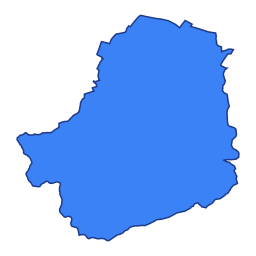 Tarnova, Arad, Romania (Robinson projection)
{"feature_id": "2599482B94881102613280", "entity_name": "Tarnova", "entity_type": "district", "adm_level": 2, "iso_a3": "ROU", "parent_name": "Romania", "parent_adm1": "Arad", "projection": "robinson", "projection_center": [21.761, 46.274], "detail": "fine", "context": "isolated", "style": "filled", "palette": "blue", "viewbox_px": 256, "rotation_deg": 0, "n_neighbors": 0, "source": "geoboundaries", "source_scale": "gbopen_adm2", "svg_char_len": 5591}
<svg xmlns="http://www.w3.org/2000/svg" viewBox="0 0 256 256"><path d="M79.1,235.2L80.5,234.8L82.3,234.6L85.0,234.8L87.7,238.2L88.7,238.6L89.4,238.6L90.9,237.8L91.6,237.6L93.3,237.6L97.8,238.8L102.1,238.4L104.7,239.0L107.2,240.6L108.9,240.6L117.2,235.0L118.2,234.7L120.0,234.3L122.6,233.0L124.8,230.9L127.8,229.7L129.5,227.6L130.8,227.0L132.1,226.7L132.9,226.3L134.8,226.0L135.9,225.8L138.5,225.9L141.0,225.4L144.8,225.6L149.4,223.7L154.9,221.0L156.5,219.7L161.5,219.2L169.3,217.1L176.8,212.9L185.0,211.1L190.5,208.1L191.2,206.7L193.1,206.4L194.5,203.9L197.8,202.7L199.2,204.5L200.7,205.5L201.7,206.8L206.0,207.8L207.5,205.9L210.7,204.1L212.1,203.2L213.6,201.6L214.9,199.6L217.2,199.2L220.2,198.6L223.0,196.7L225.1,195.1L225.9,194.0L227.5,193.4L228.6,192.4L228.9,191.4L230.3,189.8L230.5,188.8L232.8,185.9L233.8,185.1L234.8,184.6L235.7,184.5L236.2,184.0L236.8,183.9L237.5,183.3L236.6,180.7L236.5,179.7L236.1,178.1L236.5,177.3L236.9,176.3L236.1,175.1L235.1,172.6L234.2,171.6L234.2,170.2L235.5,168.9L234.9,167.3L234.5,166.2L233.6,165.5L232.0,164.5L230.6,163.7L230.1,163.2L229.8,162.5L228.9,162.0L228.0,162.0L226.8,161.9L226.2,161.4L224.9,160.9L223.9,160.2L224.6,159.9L228.9,159.6L231.6,159.7L236.2,159.1L238.7,157.1L238.9,153.3L238.5,152.2L236.1,150.0L233.1,148.5L231.4,145.4L232.2,140.0L233.4,138.7L235.7,136.7L236.5,134.6L235.9,129.2L234.1,127.7L228.8,125.9L228.1,125.0L227.4,120.9L227.0,112.6L227.6,109.2L229.3,106.4L228.3,102.5L227.1,94.3L225.7,93.7L224.0,92.7L223.1,91.5L222.3,89.6L222.8,88.7L222.8,85.8L224.3,84.0L224.9,82.2L225.3,80.7L224.4,78.4L223.3,74.3L223.8,72.5L224.8,69.9L227.0,68.2L225.6,68.0L221.4,65.8L220.8,64.9L220.7,64.7L222.7,61.3L227.9,53.9L231.0,53.8L233.4,49.6L230.7,49.1L228.4,49.2L228.0,49.3L227.0,49.9L225.8,50.4L223.4,50.9L222.5,51.4L221.6,51.6L221.4,46.9L220.8,46.6L220.3,46.6L219.8,46.3L219.4,46.3L218.4,46.1L217.7,45.1L217.2,44.9L216.4,43.5L216.7,42.9L216.7,42.3L216.0,39.1L215.9,37.9L216.2,36.9L216.2,36.0L215.6,33.0L208.3,31.9L203.2,30.2L199.8,29.1L190.6,26.4L192.1,24.2L185.2,20.5L182.1,24.3L179.6,27.8L176.7,25.3L174.9,24.1L173.4,23.3L170.2,21.6L169.8,21.5L168.6,20.8L160.8,19.0L160.4,19.0L157.5,18.7L151.9,17.7L147.9,16.9L146.6,16.7L142.9,15.8L140.4,15.4L138.0,17.3L137.3,18.2L136.2,19.4L133.2,23.0L130.4,26.7L128.7,25.9L126.8,28.5L126.3,30.3L125.9,31.3L125.2,32.2L122.5,32.9L117.3,33.9L116.5,33.9L114.8,35.2L111.3,39.4L109.6,43.6L101.5,41.6L100.2,45.2L98.9,49.3L96.9,54.2L97.6,55.1L100.7,56.5L101.6,57.0L101.7,57.3L101.7,57.9L102.3,58.0L102.3,58.4L102.3,58.6L103.0,58.7L103.0,58.9L102.4,59.6L101.8,59.9L101.5,60.4L101.1,60.7L100.9,61.2L100.6,61.4L100.5,61.6L98.8,65.2L97.8,67.3L97.1,68.7L98.6,70.0L98.8,70.5L98.9,71.5L98.3,74.2L98.1,76.7L98.9,79.1L99.6,80.2L95.6,81.6L95.1,81.7L94.1,81.2L92.9,80.9L93.7,81.6L94.1,82.1L94.2,82.7L94.7,82.8L95.4,83.4L96.1,83.8L96.3,84.7L96.4,85.1L96.5,85.7L96.7,86.6L91.7,88.0L92.5,88.1L92.8,88.8L93.1,89.9L93.9,90.9L94.0,91.0L84.5,94.1L84.3,94.3L84.3,94.7L84.4,95.0L84.4,95.6L84.4,96.4L84.5,96.8L84.4,97.7L83.3,98.8L82.6,98.9L82.3,99.2L82.3,99.8L81.2,101.2L80.6,103.2L80.5,103.3L80.4,104.1L80.3,105.4L79.9,107.2L79.7,109.0L79.4,110.2L79.4,110.5L79.3,110.9L78.9,111.3L78.6,112.3L77.8,112.8L77.4,113.2L77.0,113.5L77.0,113.8L76.0,114.1L75.4,114.3L74.9,114.4L74.5,114.6L74.2,115.1L73.6,115.5L73.1,115.6L72.9,116.1L72.3,116.6L70.9,118.2L70.0,118.8L69.3,119.9L68.6,120.5L68.0,121.1L66.9,121.4L65.0,121.4L63.5,121.9L62.6,121.9L61.0,122.6L59.0,123.3L59.0,127.2L58.8,127.1L58.3,127.8L57.6,128.2L55.0,129.7L51.3,132.6L50.4,132.5L49.6,132.7L48.2,132.6L47.7,132.6L46.8,132.5L46.1,132.9L45.4,133.0L44.8,132.9L44.0,132.8L43.3,132.8L41.9,133.1L41.1,133.8L40.6,134.4L40.1,134.5L39.6,134.5L38.8,134.5L38.1,134.6L37.2,134.7L36.5,134.5L36.2,134.4L35.6,134.3L35.2,134.3L34.6,134.0L34.1,134.0L33.6,134.0L33.8,134.1L33.9,134.3L33.9,134.5L33.4,134.9L32.9,135.0L32.5,135.0L32.0,135.0L31.4,135.0L30.6,135.0L29.7,134.9L29.0,134.9L28.5,134.9L28.2,134.8L28.0,134.7L27.7,134.3L27.6,134.1L27.5,133.8L27.3,133.6L27.1,133.5L26.6,133.2L26.4,133.1L26.1,132.8L25.9,132.7L25.7,132.8L25.1,132.9L24.8,133.1L24.3,133.5L24.0,133.9L23.8,134.0L23.6,134.2L23.3,134.3L22.9,134.6L22.7,134.8L21.6,135.0L20.5,135.2L20.1,135.3L19.8,135.4L19.6,135.7L19.3,136.2L18.5,137.0L18.3,137.1L17.5,137.4L17.4,137.5L17.3,137.8L17.3,138.0L17.1,138.9L17.1,139.4L17.2,139.6L17.3,139.9L17.5,140.3L17.5,140.5L17.9,140.7L18.2,141.0L18.3,141.3L18.3,141.7L18.5,141.9L18.9,142.3L19.0,142.7L19.4,143.5L19.6,143.9L20.2,144.8L20.3,144.9L20.5,145.0L21.0,145.2L21.2,145.5L21.5,146.0L21.6,146.5L21.5,146.8L21.5,147.0L21.7,147.4L21.8,147.5L22.0,147.7L22.3,148.1L22.5,148.5L23.1,149.4L23.3,149.7L23.5,150.8L23.6,151.5L23.7,151.8L23.6,152.1L23.7,152.3L23.6,152.6L23.8,152.9L23.8,153.1L23.8,153.4L23.9,153.5L24.0,153.6L24.5,153.9L24.8,154.1L25.1,154.2L25.4,154.4L25.6,154.6L25.8,154.7L26.4,154.7L26.5,154.8L26.8,155.0L27.1,155.2L27.2,155.3L27.4,155.7L27.6,155.8L28.0,156.0L28.4,156.4L28.6,156.5L28.9,156.6L29.2,157.0L29.4,157.2L30.0,157.9L30.1,158.1L30.2,158.4L30.4,158.8L31.8,162.1L31.9,162.9L30.0,165.9L29.5,167.7L28.1,170.7L26.2,173.1L26.1,173.8L26.4,175.3L27.4,177.2L28.7,180.6L31.1,182.9L32.2,185.0L32.9,186.0L38.1,186.7L39.7,186.6L41.4,184.2L44.0,182.9L46.0,181.4L48.1,181.5L48.7,182.4L49.8,183.2L51.4,183.4L53.4,183.0L55.1,182.3L56.6,181.9L57.7,181.9L60.1,183.0L60.3,184.9L59.6,187.1L59.4,190.9L59.9,191.5L60.0,194.4L62.1,199.6L61.8,203.1L61.5,204.9L59.6,209.3L59.7,211.2L60.0,212.2L64.3,216.9L65.3,217.2L67.2,216.5L68.6,216.2L71.2,217.4L71.9,219.5L70.8,223.1L71.2,225.2L72.1,226.3L73.8,226.9L75.9,227.3L77.5,228.3L78.2,230.1L79.1,235.2Z" fill="#3b82f6" stroke="#1e3a8a" stroke-width="1.5"/></svg>